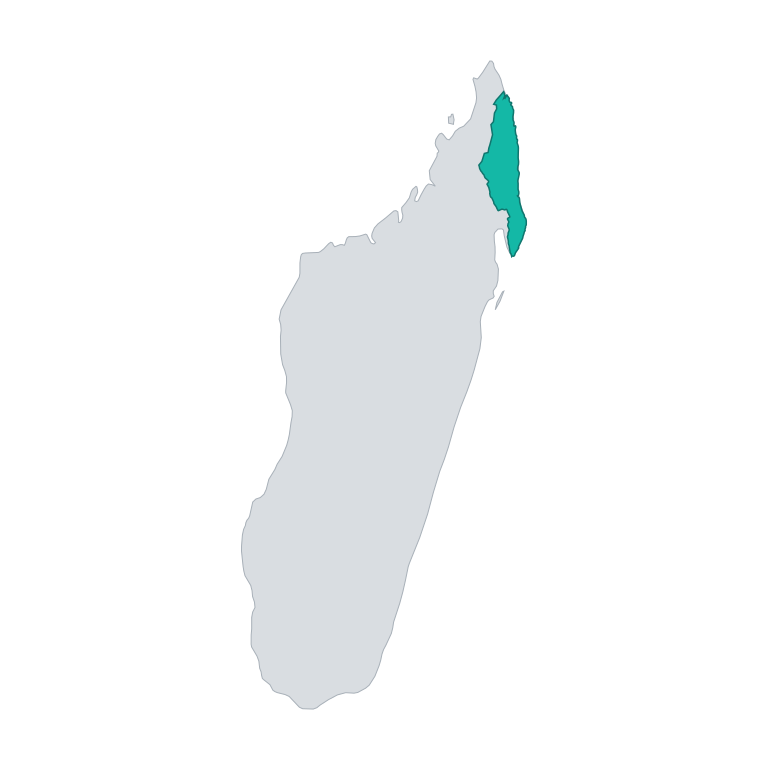 Madagascar, with Sava highlighted, rotated 4°
{"feature_id": "MDG-5879", "entity_name": "Sava", "entity_type": "Autonomous Province", "adm_level": 1, "iso_a3": "MDG", "parent_name": "Madagascar", "parent_adm1": "", "projection": "equal_earth", "projection_center": [49.879, -14.33], "detail": "fine", "context": "in_parent", "style": "filled", "palette": "teal", "viewbox_px": 768, "rotation_deg": 4, "n_neighbors": 0, "source": "natural_earth", "source_scale": "10m", "svg_char_len": 7027}
<svg xmlns="http://www.w3.org/2000/svg" viewBox="0 0 768 768"><g transform="rotate(4 384 384)"><path d="M479.3,71.9L481.0,77.1L482.9,82.1L489.1,94.2L491.8,98.8L494.0,103.8L495.1,113.6L499.0,128.9L502.7,151.8L503.8,175.3L505.0,186.1L507.8,196.2L512.5,206.7L514.0,218.4L511.2,230.4L507.0,241.7L505.9,243.9L504.0,246.8L503.1,246.6L499.8,243.7L497.1,238.9L493.6,227.7L492.4,222.0L490.9,221.0L486.9,221.5L484.0,225.1L483.4,227.3L484.1,233.7L485.2,239.4L485.7,245.2L485.8,252.5L486.8,254.7L488.4,256.6L490.1,261.3L490.4,272.7L489.4,278.4L486.5,283.4L486.7,286.1L487.8,288.9L486.8,290.6L483.0,292.7L481.5,294.6L479.4,299.6L476.1,309.8L475.7,315.0L477.8,330.9L477.2,342.1L473.0,363.6L470.6,373.8L467.2,385.9L462.1,401.9L456.9,422.0L452.6,442.6L449.4,455.0L445.7,467.2L440.8,488.7L436.6,510.5L430.4,534.5L421.8,561.1L420.9,564.6L419.1,578.2L417.3,589.9L415.0,601.6L410.2,620.8L409.7,626.8L408.7,632.4L404.1,644.5L402.1,648.9L400.8,653.7L400.0,659.7L398.7,665.5L395.3,676.2L390.3,685.4L386.9,688.7L379.4,693.5L375.7,694.5L367.3,694.6L359.2,697.4L350.7,702.7L342.7,708.7L339.6,711.6L336.1,713.2L325.4,713.6L322.1,712.3L311.2,702.3L307.0,700.7L299.1,699.3L296.7,698.5L294.5,697.2L291.2,691.9L284.8,687.5L283.2,686.2L282.2,683.1L281.5,679.8L279.8,676.2L278.5,669.2L276.3,664.3L270.3,655.6L269.6,652.9L269.0,643.7L269.1,637.5L268.3,626.1L268.9,620.7L270.9,615.9L270.0,610.6L267.7,605.1L266.8,599.4L265.1,594.2L258.7,584.9L257.2,580.3L256.1,575.5L253.5,560.6L253.2,555.4L253.3,544.4L254.1,538.8L255.6,534.8L255.9,531.9L256.8,529.4L258.3,527.4L259.2,524.9L261.3,510.9L264.2,507.7L268.5,505.9L272.0,502.3L273.9,497.3L275.8,487.0L281.1,476.9L283.0,471.5L287.4,463.4L291.2,452.0L292.3,446.6L293.1,441.1L293.9,429.0L294.6,423.0L294.4,417.0L292.1,410.9L286.6,399.8L286.4,397.7L286.7,389.4L286.2,383.4L284.1,377.4L281.5,371.8L278.9,361.3L277.4,343.8L277.6,337.5L276.8,331.9L274.9,326.6L276.1,317.2L292.0,283.4L292.4,279.4L291.7,269.0L292.0,263.0L292.5,260.7L293.7,259.4L296.5,258.8L309.6,257.3L311.3,256.3L314.5,253.4L319.0,247.9L321.0,246.3L322.8,246.9L323.9,249.2L325.4,250.5L330.7,248.0L332.7,247.9L334.8,248.4L335.7,246.0L336.3,243.0L337.1,240.8L338.5,239.5L345.3,238.9L349.6,238.0L355.2,235.8L356.4,236.2L361.0,244.0L362.4,244.7L364.2,245.0L365.7,243.6L362.0,239.5L361.4,237.2L361.6,234.6L363.5,229.0L366.8,224.7L374.1,218.2L381.7,210.7L383.9,210.2L385.8,211.3L387.3,220.2L387.1,221.7L388.3,221.9L389.7,220.8L391.0,217.2L391.0,214.2L390.0,211.4L389.5,209.0L389.4,206.7L393.3,201.5L396.3,196.5L397.7,190.5L398.9,187.8L402.1,184.6L403.0,185.1L403.8,187.7L404.2,190.3L403.4,193.0L402.2,195.6L401.8,199.1L403.6,199.8L405.3,198.9L407.8,192.6L410.6,186.6L412.3,183.5L414.4,181.4L417.9,181.8L421.4,183.1L415.8,176.8L414.3,168.1L421.0,153.1L421.0,150.0L422.0,149.1L422.4,147.8L419.0,142.8L418.3,140.3L418.7,136.5L420.4,133.1L421.9,130.7L424.0,129.8L425.7,131.1L429.5,135.3L432.0,135.9L435.0,131.9L437.5,126.9L441.2,123.5L445.5,121.3L451.9,113.5L456.1,97.0L456.4,92.2L455.5,86.3L454.0,80.8L451.5,73.9L452.1,72.3L455.7,73.3L456.8,72.3L460.7,66.2L467.0,54.4L469.1,54.4L470.9,56.6L471.6,59.8L472.8,62.2L477.1,67.8L479.3,71.9ZM435.2,118.2L435.2,120.1L430.3,119.3L429.6,113.1L431.9,112.9L432.5,110.3L433.9,110.0L435.5,115.6L435.2,118.2ZM494.0,293.2L489.8,302.2L491.0,294.7L495.8,283.8L497.1,283.0L494.0,293.2Z" fill="#d9dde1" stroke="#a8b0b8" stroke-width="1"/><path d="M482.9,84.0L483.5,85.0L483.8,85.9L483.9,86.5L484.3,87.6L484.3,88.1L484.2,88.7L483.8,89.8L483.6,90.5L483.9,90.2L484.2,90.2L484.5,90.2L484.8,90.5L485.1,89.9L485.3,89.5L485.5,89.1L485.7,87.7L486.0,87.3L486.4,87.2L486.9,87.4L486.7,87.9L486.6,88.1L487.1,88.3L487.6,88.6L488.0,89.0L489.0,90.2L489.1,90.5L489.0,91.7L489.0,92.2L489.5,93.5L489.8,94.0L490.3,94.2L490.8,94.2L491.3,94.2L491.7,94.6L491.7,95.6L491.4,95.9L491.0,96.0L490.9,96.4L491.4,97.3L491.9,97.7L492.4,97.9L492.8,98.3L493.0,99.3L493.1,100.0L494.0,101.4L494.2,101.9L494.3,104.5L493.9,108.5L494.0,109.3L494.2,110.3L494.2,111.1L494.3,111.7L495.3,113.6L495.5,114.5L495.3,116.6L495.5,117.4L496.0,117.8L496.4,117.6L496.8,117.3L497.2,117.4L497.5,118.1L497.5,119.0L497.2,120.6L497.3,122.0L497.8,124.9L498.2,126.2L498.4,126.5L498.8,126.9L499.0,127.2L499.1,127.6L499.0,128.5L499.0,128.9L499.1,129.9L499.3,130.3L499.3,130.5L499.5,130.6L499.8,130.6L500.0,130.7L500.0,130.9L500.0,131.2L500.1,131.5L500.2,132.0L499.9,133.7L500.1,134.5L500.4,135.1L501.3,137.4L501.6,139.1L502.0,148.9L502.7,152.6L502.8,154.1L502.8,155.8L502.4,157.2L502.3,158.1L502.3,159.8L502.4,160.9L502.6,161.4L503.5,162.6L504.2,164.0L504.2,165.5L503.7,169.3L503.4,170.8L503.3,171.6L503.3,172.4L503.8,174.8L504.1,180.3L505.1,183.0L505.2,184.8L504.9,186.4L504.0,187.0L504.4,187.6L505.4,188.3L505.8,188.7L506.1,189.3L506.3,190.2L506.7,193.3L509.4,201.0L510.0,202.3L511.8,205.2L512.2,206.0L512.5,207.6L512.9,208.2L513.4,208.5L513.8,209.0L514.3,210.2L514.6,211.8L514.8,215.0L514.8,215.3L514.6,216.0L514.2,216.8L514.2,217.1L514.3,217.5L514.3,218.0L514.3,218.3L513.9,219.5L513.9,220.0L513.9,220.5L514.0,220.9L514.1,221.2L513.9,221.6L513.5,222.2L513.3,222.6L513.1,224.3L512.4,226.8L512.3,227.7L512.1,229.0L508.8,237.1L508.5,238.5L508.9,238.8L508.7,239.4L506.0,243.9L505.2,246.7L504.7,247.3L504.2,247.5L503.6,247.4L503.0,247.4L502.5,248.0L501.7,245.5L501.1,244.7L501.0,244.8L500.8,244.5L499.4,238.7L499.3,237.8L499.2,237.5L499.1,237.1L498.7,236.4L498.5,235.9L498.3,235.2L498.2,234.5L498.1,232.9L497.6,230.9L497.0,229.1L496.9,228.7L496.9,228.4L497.3,226.5L497.3,226.2L497.3,224.9L497.3,224.6L497.4,224.3L498.1,222.1L498.1,221.9L498.1,221.6L498.1,221.3L498.0,220.8L496.7,218.2L496.5,217.7L496.4,217.4L496.4,217.1L496.5,216.5L496.6,215.3L496.7,215.1L497.1,214.2L497.2,213.7L497.0,213.2L496.7,212.6L496.0,211.5L495.7,210.9L495.7,210.5L495.9,210.1L496.0,210.0L496.2,209.8L496.4,209.7L497.3,209.1L497.5,209.0L497.7,208.9L497.8,208.7L497.8,208.4L497.8,208.2L497.7,207.9L495.3,203.7L494.6,201.9L494.3,201.5L494.2,201.4L493.8,201.2L493.4,201.3L493.2,201.4L492.7,201.8L492.1,201.9L490.3,201.4L489.7,201.4L489.3,201.4L489.1,201.5L486.1,203.1L485.9,203.1L485.6,202.9L485.2,202.3L484.3,200.8L484.0,200.1L483.3,199.0L481.1,196.4L480.7,194.7L480.4,194.1L478.7,191.0L478.3,190.7L478.0,190.5L477.6,190.2L477.2,189.7L477.1,189.4L476.9,189.1L476.2,186.6L476.2,186.4L476.2,186.1L476.3,185.6L476.3,185.4L476.3,185.1L476.2,184.8L474.9,180.9L474.7,180.4L474.3,179.9L473.7,178.7L473.0,177.9L472.9,177.7L472.9,177.4L473.0,177.1L473.2,176.7L473.3,176.5L473.6,176.2L474.0,175.8L474.1,175.5L474.2,175.2L474.2,174.8L474.1,174.5L474.0,174.2L473.5,173.6L473.3,173.4L472.8,173.1L472.6,173.0L472.2,172.5L472.0,172.4L471.7,172.1L471.3,172.0L471.1,171.9L470.3,171.0L469.7,169.8L469.2,168.6L469.1,168.4L468.9,168.2L467.8,167.2L466.6,165.5L465.5,164.5L465.4,164.2L465.2,163.6L465.0,163.3L464.7,163.0L464.5,162.7L464.4,162.5L463.9,160.5L463.6,159.7L463.4,159.5L463.2,159.4L463.0,159.5L466.1,155.1L468.0,147.0L471.7,145.8L472.1,141.5L473.0,137.7L474.9,127.8L472.6,117.8L474.9,114.7L475.3,106.0L477.2,101.7L476.7,97.9L473.9,97.3L476.2,92.9L479.5,88.6L482.9,84.0Z" fill="#14b8a6" stroke="#0f766e" stroke-width="1.5"/></g></svg>